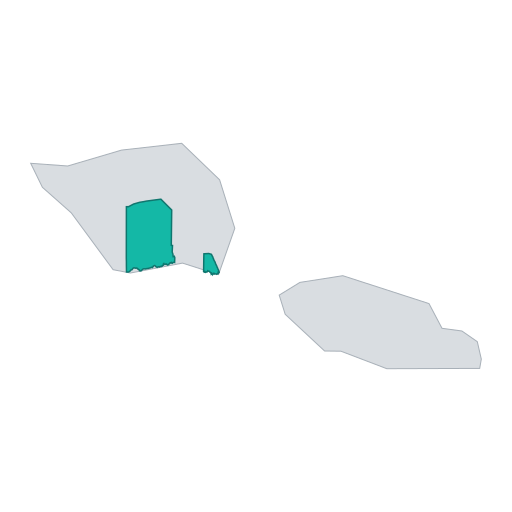 Palauli le Falefa, Palauli, Samoa shown in context
{"feature_id": "51752279B50623478209398", "entity_name": "Palauli le Falefa", "entity_type": "district", "adm_level": 2, "iso_a3": "WSM", "parent_name": "Samoa", "parent_adm1": "Palauli", "projection": "robinson", "projection_center": [-172.356, -13.707], "detail": "fine", "context": "in_parent", "style": "filled", "palette": "teal", "viewbox_px": 512, "rotation_deg": 0, "n_neighbors": 0, "source": "geoboundaries", "source_scale": "gbopen_adm2", "svg_char_len": 4704}
<svg xmlns="http://www.w3.org/2000/svg" viewBox="0 0 512 512"><path d="M181.7,143.3L219.6,179.8L234.8,228.3L218.5,274.6L182.5,263.1L130.4,273.0L113.1,269.7L71.3,212.9L42.4,187.3L30.7,163.3L67.7,166.0L121.5,150.1L181.7,143.3ZM479.7,368.4L386.8,368.7L340.9,351.2L324.6,351.0L285.2,314.3L279.2,295.1L299.9,282.4L342.8,275.7L429.0,303.6L442.0,328.3L461.9,331.0L477.3,341.7L481.3,359.1L479.7,368.4Z" fill="#d9dde1" stroke="#a8b0b8" stroke-width="1"/><path d="M160.9,199.2L159.2,199.4L146.4,201.1L143.4,201.7L139.7,202.3L133.7,204.0L128.5,206.7L126.4,206.7L126.3,258.1L126.4,261.8L126.4,265.9L126.5,272.0L127.4,272.0L127.9,272.1L128.2,272.0L128.4,272.0L128.5,272.0L128.9,271.9L129.1,271.8L129.3,271.5L129.6,271.4L129.9,271.2L130.1,271.1L130.2,270.9L130.3,270.7L130.5,270.6L130.9,270.1L131.0,270.1L131.3,269.8L131.3,269.7L131.6,269.7L131.8,269.6L132.0,269.7L132.3,269.4L132.8,268.5L133.0,268.4L133.3,268.1L133.5,268.0L133.7,267.9L134.1,267.8L134.4,267.9L134.5,267.9L134.8,268.0L135.0,268.1L135.3,268.2L135.5,268.2L136.0,268.0L136.3,268.0L136.6,268.1L136.9,268.3L137.0,268.2L137.1,268.3L137.3,268.5L137.6,268.7L137.8,269.0L138.0,269.0L138.2,269.3L138.4,269.3L138.5,269.4L138.5,269.5L138.8,269.6L139.0,269.8L139.1,270.0L139.4,270.0L139.5,270.3L139.6,270.2L139.7,270.3L139.9,270.5L140.0,270.7L140.1,270.8L140.3,270.9L140.5,270.9L140.8,270.8L141.0,270.8L141.3,270.7L141.5,270.5L141.6,270.4L141.9,270.1L142.2,269.7L142.3,269.7L142.7,269.3L143.0,269.1L143.3,268.9L144.1,268.8L144.7,268.8L144.9,268.9L145.2,268.9L145.3,268.8L145.7,268.9L146.1,268.8L146.7,268.6L146.8,268.6L147.0,268.5L147.3,268.5L147.5,268.5L147.8,268.5L148.0,268.5L148.3,268.4L148.5,268.3L149.0,268.2L149.6,268.0L149.8,268.0L150.5,267.8L150.8,267.6L151.0,267.6L151.2,267.4L151.5,267.3L151.9,267.3L152.0,267.3L152.3,267.4L152.4,267.5L152.5,267.4L152.7,267.0L153.0,266.6L153.2,266.2L153.4,266.1L153.5,266.2L153.7,265.9L153.8,265.8L154.2,265.7L154.3,265.6L154.5,265.5L154.9,265.6L155.2,265.9L155.6,266.2L155.7,266.3L155.8,266.5L156.2,266.9L156.7,267.1L156.8,267.0L157.0,267.1L157.2,267.3L157.3,267.2L157.5,267.2L158.2,266.8L158.6,266.7L158.9,266.7L159.0,266.9L159.4,267.0L159.7,266.8L159.9,266.7L160.0,266.6L160.8,266.4L161.0,266.5L161.1,266.4L161.2,266.5L161.8,266.2L162.1,266.2L162.3,266.1L162.4,265.8L162.4,265.7L162.5,265.6L162.8,265.4L163.1,265.3L163.2,265.2L163.3,265.2L163.6,265.0L163.7,264.9L163.8,264.6L163.7,264.5L163.4,264.5L163.3,264.1L163.5,263.9L163.5,264.1L163.7,264.3L163.9,264.2L164.1,264.4L164.3,264.3L164.3,264.2L164.5,264.2L165.0,264.0L165.7,264.3L166.0,264.4L166.3,264.0L166.7,264.2L167.0,264.5L167.4,264.9L167.5,264.9L167.8,264.9L167.9,265.0L168.2,264.8L168.4,264.5L168.7,264.5L168.8,264.3L169.1,263.9L169.5,263.7L169.8,263.5L170.0,263.4L170.1,263.2L170.1,262.8L170.1,262.7L170.3,262.6L170.5,262.6L171.0,262.8L171.3,262.9L171.4,263.0L171.5,262.9L171.7,263.0L172.1,263.0L172.1,262.9L172.2,263.0L172.3,262.9L172.4,263.0L172.5,262.8L172.8,262.8L172.9,262.7L173.0,262.7L173.6,262.3L173.8,262.3L174.4,262.3L174.6,262.4L174.8,257.7L174.3,256.3L173.7,256.6L173.2,256.7L172.9,254.1L172.2,252.0L172.5,245.5L171.3,245.4L171.7,210.0L160.9,199.2ZM203.9,253.8L203.8,257.4L203.6,271.5L203.8,271.6L204.0,271.6L204.1,271.8L204.3,272.0L204.4,271.9L204.4,272.0L204.6,271.9L204.7,272.1L204.8,272.1L205.1,272.2L205.3,272.1L205.5,272.2L205.6,272.3L205.7,272.2L205.8,272.3L206.0,272.2L206.1,271.9L206.4,271.9L206.4,272.0L206.6,272.0L206.8,271.9L207.1,271.8L207.1,271.7L207.4,271.6L207.4,271.4L207.5,271.2L207.6,271.3L207.7,271.1L207.8,271.3L208.0,271.1L208.3,271.1L208.7,271.1L209.3,271.4L209.5,271.4L209.6,271.6L209.7,271.8L209.8,272.0L210.1,272.2L210.2,272.3L210.3,272.3L210.5,272.5L210.8,272.7L210.8,272.8L211.0,272.9L211.0,273.2L211.3,273.2L211.3,273.8L211.4,273.7L211.4,273.8L211.5,274.0L211.8,274.3L212.0,274.4L212.1,274.5L212.1,274.4L212.3,274.4L212.5,274.3L212.7,274.2L212.8,274.1L213.1,273.9L213.1,273.6L213.3,273.6L213.5,273.6L213.7,273.4L213.8,273.6L213.9,273.4L214.2,273.4L214.3,273.4L214.4,273.5L214.5,273.6L214.6,273.8L214.7,273.7L215.1,274.0L215.5,274.0L215.8,274.0L216.0,274.1L216.0,274.3L216.1,274.0L216.4,274.0L216.5,274.1L216.8,274.0L216.9,273.9L217.0,273.9L217.0,274.1L217.5,273.9L217.6,273.7L217.8,273.8L218.0,273.8L218.2,273.6L218.2,273.3L218.4,273.1L218.5,273.1L218.7,272.8L218.8,272.7L218.7,272.6L218.9,272.6L219.0,272.4L218.9,272.3L219.1,272.3L219.2,272.2L218.7,270.7L218.4,270.0L217.8,268.7L217.5,267.8L217.0,267.0L216.9,266.7L216.9,266.3L216.4,265.4L216.1,264.7L215.8,264.3L215.3,262.8L215.0,262.0L214.7,261.4L214.3,260.8L213.7,259.7L213.6,259.4L213.7,259.2L213.1,258.1L212.9,257.2L212.5,256.4L211.9,255.5L211.9,255.3L211.7,254.9L211.4,254.3L208.7,253.5L203.9,253.8Z" fill="#14b8a6" stroke="#0f766e" stroke-width="1.5"/></svg>